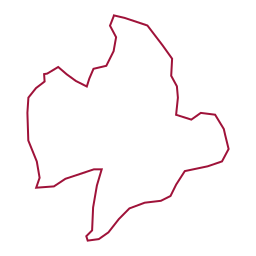 the district of Lekeberg, Orebro, Sweden
{"feature_id": "70781695B87625473444636", "entity_name": "Lekeberg", "entity_type": "district", "adm_level": 2, "iso_a3": "SWE", "parent_name": "Sweden", "parent_adm1": "Orebro", "projection": "albers", "projection_center": [14.811, 59.203], "detail": "fine", "context": "isolated", "style": "outline", "palette": "rose", "viewbox_px": 256, "rotation_deg": 0, "n_neighbors": 0, "source": "geoboundaries", "source_scale": "gbopen_adm2", "svg_char_len": 772}
<svg xmlns="http://www.w3.org/2000/svg" viewBox="0 0 256 256"><path d="M44.1,74.1L44.6,81.5L36.0,88.1L28.4,97.6L27.4,112.8L28.3,140.5L36.8,161.5L39.6,177.8L36.2,187.7L53.9,186.4L65.4,178.8L94.0,169.3L101.7,169.3L96.9,185.5L93.1,207.5L92.1,230.4L86.3,236.2L87.7,240.6L98.8,239.1L108.4,232.4L118.9,219.0L129.4,208.4L144.7,202.7L160.9,200.8L168.5,197.0L170.5,196.0L176.2,184.5L184.8,171.1L207.7,166.3L222.0,161.4L228.6,149.0L225.1,134.7L223.8,129.0L215.1,114.7L200.8,112.9L191.3,119.6L176.1,114.8L177.9,97.7L176.9,86.3L171.2,75.8L172.1,58.7L162.6,45.4L147.4,25.5L124.6,17.9L113.9,15.4L113.6,16.5L110.0,25.7L116.1,37.2L113.6,51.2L106.3,65.8L93.5,68.8L89.3,78.6L86.8,86.5L75.9,81.0L66.7,74.3L58.2,67.0L47.2,73.6L44.1,74.1Z" fill="none" stroke="#9f1239" stroke-width="2"/></svg>